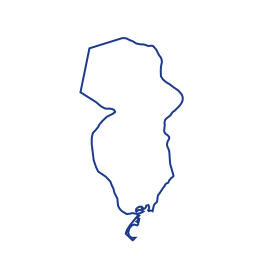 the Governorate of Ash Sharqiyah, rotated 136°
{"feature_id": "EGY-1535", "entity_name": "Ash Sharqiyah", "entity_type": "Governorate", "adm_level": 1, "iso_a3": "EGY", "parent_name": "Egypt", "parent_adm1": "", "projection": "albers", "projection_center": [31.859, 30.68], "detail": "fine", "context": "isolated", "style": "outline", "palette": "blue", "viewbox_px": 256, "rotation_deg": 136, "n_neighbors": 0, "source": "natural_earth", "source_scale": "10m", "svg_char_len": 2342}
<svg xmlns="http://www.w3.org/2000/svg" viewBox="0 0 256 256"><g transform="rotate(136 128 128)"><path d="M168.1,51.1L168.4,52.1L169.3,53.1L170.7,53.6L170.7,54.9L169.2,55.3L168.2,55.9L167.4,56.9L166.9,58.4L167.6,58.7L168.8,59.5L170.2,58.6L171.5,58.4L172.8,58.7L173.8,59.5L173.8,60.6L172.8,60.6L172.8,61.9L174.2,63.2L176.1,64.0L178.1,64.1L179.9,62.9L179.9,61.9L177.7,61.8L176.2,60.7L175.3,59.0L174.8,57.2L177.0,57.7L180.0,59.2L181.4,59.4L181.5,60.4L184.0,63.8L186.1,65.0L188.7,67.0L190.1,72.2L190.2,74.2L190.0,76.3L189.1,79.1L184.7,84.6L182.7,91.0L180.6,94.5L179.7,97.5L177.9,101.8L177.8,108.4L179.7,117.4L178.2,121.9L175.1,128.6L165.3,141.6L160.7,146.3L156.7,148.8L152.4,149.0L148.6,149.5L146.4,150.3L142.4,150.8L136.0,150.8L135.5,150.8L128.8,148.7L128.2,148.7L127.0,148.5L126.4,148.4L126.0,148.6L125.7,149.2L125.6,151.0L126.3,152.8L127.9,154.9L129.6,156.3L131.1,158.3L132.4,162.6L133.0,168.8L137.4,186.7L100.4,212.1L69.6,196.6L68.1,195.1L66.9,193.5L65.7,190.0L64.4,187.3L63.3,183.0L61.9,180.8L60.4,179.0L59.0,177.6L57.9,176.0L56.5,173.0L54.0,170.9L53.0,169.6L53.2,164.9L55.1,158.9L55.4,155.9L56.2,154.0L57.9,151.8L61.7,149.2L64.9,146.2L68.4,142.3L69.1,138.9L68.9,135.5L68.6,133.9L67.7,130.8L67.0,126.0L65.8,120.1L65.9,116.6L66.3,114.2L67.2,112.3L68.5,110.8L69.9,109.7L72.3,108.8L75.1,108.2L82.3,108.0L83.7,108.3L85.2,108.4L87.4,108.0L88.8,107.6L93.8,108.2L95.6,108.0L98.0,106.6L99.4,104.7L104.0,100.8L104.8,99.2L105.0,97.7L104.5,95.0L104.6,93.0L105.7,91.8L107.0,91.3L108.6,90.9L109.7,90.3L111.6,88.9L112.6,87.2L113.3,85.2L114.7,82.3L122.5,73.1L127.9,62.9L128.6,61.9L128.9,61.9L129.6,61.8L130.4,61.8L131.4,62.0L132.1,62.0L132.4,62.0L133.0,61.8L133.7,61.7L134.8,61.7L135.1,61.6L136.4,60.9L137.0,60.8L137.4,60.8L137.7,60.9L138.8,61.4L139.4,61.5L139.8,61.5L140.1,61.5L140.8,61.3L141.8,60.9L142.1,60.8L144.2,60.6L151.1,59.0L152.8,58.8L153.1,58.7L153.5,58.6L158.0,55.0L158.5,54.8L159.2,54.7L161.8,54.8L162.2,54.7L163.6,54.1L168.1,51.1ZM181.3,58.2L180.8,57.2L183.1,57.1L183.9,57.2L183.9,55.9L183.2,55.7L183.1,55.3L182.9,54.9L183.1,54.7L184.9,53.5L185.0,54.6L185.4,54.8L186.0,54.7L186.9,54.8L186.3,53.0L187.4,51.7L189.1,51.6L190.7,54.4L192.5,55.1L194.8,55.1L196.9,54.8L200.4,52.7L202.1,49.7L201.6,46.5L199.0,44.0L202.5,43.9L202.7,44.1L203.0,53.6L199.3,55.5L194.0,56.7L181.3,58.2L181.3,58.2Z" fill="none" stroke="#1e3a8a" stroke-width="2"/></g></svg>